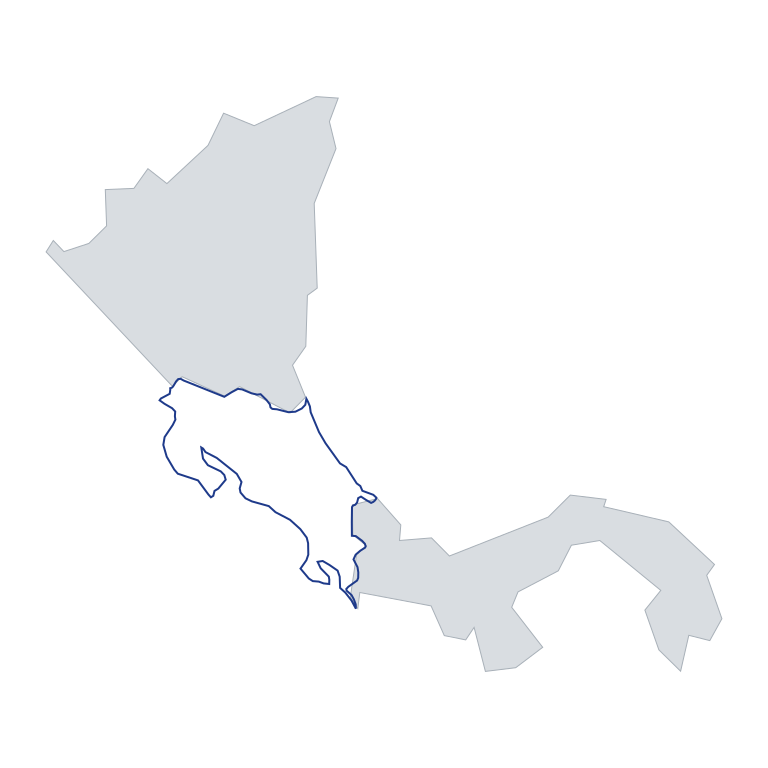 Costa Rica highlighted among its neighbors
{"feature_id": "CRI", "entity_name": "Costa Rica", "entity_type": "country or territory", "adm_level": 0, "iso_a3": "CRI", "parent_name": "North America", "parent_adm1": "", "projection": "robinson", "projection_center": [-84.032, 9.63], "detail": "fine", "context": "with_neighbors", "style": "outline", "palette": "blue", "viewbox_px": 768, "rotation_deg": 0, "n_neighbors": 2, "source": "natural_earth", "source_scale": "50m", "svg_char_len": 2645}
<svg xmlns="http://www.w3.org/2000/svg" viewBox="0 0 768 768"><path d="M714.5,564.5L706.7,575.3L721.9,618.7L709.8,640.6L688.8,635.3L680.6,671.2L658.9,649.9L644.9,610.1L660.8,590.4L599.8,540.5L571.4,545.2L558.3,570.8L518.0,591.9L511.7,607.3L542.7,647.3L515.7,667.7L485.4,671.4L474.1,627.4L465.7,639.9L444.3,635.6L431.1,605.9L359.8,592.5L357.8,608.5L350.3,597.4L356.6,554.4L366.3,545.7L352.8,534.7L352.4,505.0L377.5,498.5L400.8,524.9L399.5,540.5L431.5,537.9L449.4,556.0L548.2,517.1L570.3,495.1L606.1,499.4L603.7,506.7L668.8,521.9L714.5,564.5Z" fill="#d9dde1" stroke="#a8b0b8" stroke-width="1"/><path d="M305.5,397.2L290.0,412.9L239.6,386.6L224.7,396.2L182.1,376.7L172.3,386.2L46.1,251.9L53.3,240.5L63.9,251.6L88.9,243.4L106.6,225.9L105.3,189.6L133.9,188.4L147.9,168.7L166.9,183.6L208.0,145.4L223.6,113.2L254.2,125.7L316.1,96.6L338.2,98.1L329.4,121.6L336.0,148.6L314.2,203.4L317.2,288.1L307.4,295.3L305.8,346.3L292.5,365.2L305.5,397.2Z" fill="#d9dde1" stroke="#a8b0b8" stroke-width="1"/><path d="M376.4,497.7L376.0,499.0L374.9,500.5L373.3,501.9L371.1,502.9L366.0,499.9L361.0,496.6L358.2,498.1L357.1,502.5L355.3,504.7L352.9,505.6L352.0,507.1L351.8,521.9L351.9,535.8L355.8,536.1L362.2,540.9L364.9,543.8L365.7,546.4L365.0,547.7L360.3,550.7L355.7,554.6L353.5,559.4L357.5,567.1L358.3,572.4L358.2,577.9L357.1,580.5L348.3,586.8L346.3,589.0L346.6,590.6L351.5,595.0L353.8,599.2L355.7,604.3L355.9,608.7L351.5,600.5L345.4,592.7L340.1,587.9L339.7,576.7L337.6,570.6L329.5,565.0L322.7,561.0L317.6,561.8L320.7,568.3L328.8,576.6L329.3,579.7L329.2,584.0L323.6,583.4L318.8,581.6L312.8,581.1L308.8,578.5L300.5,568.6L306.4,560.2L308.3,554.7L308.1,543.2L306.7,537.6L300.3,529.1L290.0,519.8L275.5,512.2L268.8,506.1L251.9,501.4L245.5,498.3L240.5,492.5L239.7,488.4L241.5,482.0L236.8,473.9L216.7,457.9L205.5,452.1L203.1,448.6L201.3,447.5L203.0,458.6L207.9,465.2L220.8,471.4L224.3,475.0L225.7,479.7L218.3,488.6L214.5,490.9L213.3,495.8L210.9,497.3L208.4,494.5L198.0,480.4L177.8,473.7L174.2,469.5L166.7,456.7L163.3,444.9L164.6,437.1L172.8,424.9L175.4,419.6L174.9,416.3L175.2,411.5L172.1,408.2L164.5,403.8L159.6,400.3L160.9,398.5L169.7,393.8L170.3,389.6L170.2,388.2L171.7,387.8L172.9,386.7L173.7,385.5L176.1,381.4L178.2,379.1L180.6,378.8L183.6,380.5L194.6,384.9L206.8,389.8L224.3,396.8L231.5,392.3L237.8,388.9L242.1,389.4L251.5,393.3L257.2,394.6L260.6,394.2L266.6,400.1L269.9,404.4L270.5,407.4L272.3,408.9L277.0,409.3L288.4,412.2L295.4,411.7L301.8,408.5L305.3,404.8L306.4,398.8L308.0,401.8L309.9,406.4L310.7,412.3L319.0,432.1L325.5,443.2L340.0,463.4L346.2,467.1L356.7,483.4L360.3,486.0L362.4,490.8L373.3,494.8L376.4,497.7Z" fill="none" stroke="#1e3a8a" stroke-width="2"/></svg>